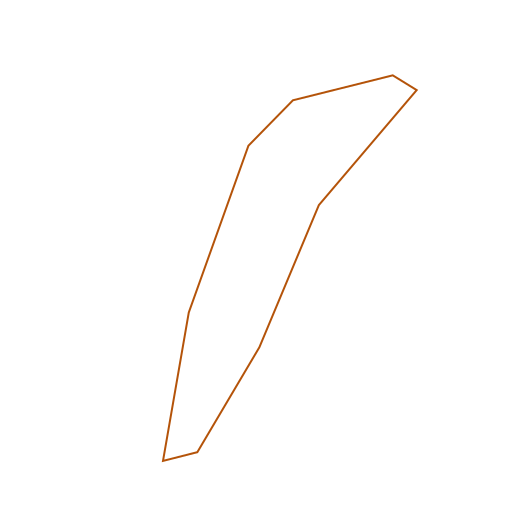 outline of Tuvalu, rotated 209°
{"feature_id": "TUV", "entity_name": "Tuvalu", "entity_type": "country or territory", "adm_level": 0, "iso_a3": "TUV", "parent_name": "Oceania", "parent_adm1": "", "projection": "robinson", "projection_center": [179.205, -8.501], "detail": "fine", "context": "isolated", "style": "outline", "palette": "amber", "viewbox_px": 512, "rotation_deg": 209, "n_neighbors": 0, "source": "natural_earth", "source_scale": "50m", "svg_char_len": 284}
<svg xmlns="http://www.w3.org/2000/svg" viewBox="0 0 512 512"><g transform="rotate(209 256 256)"><path d="M299.2,410.1L224.0,480.3L195.9,479.0L225.7,331.0L208.8,177.8L212.2,56.0L238.0,31.7L287.4,174.0L316.1,348.8L299.2,410.1Z" fill="none" stroke="#b45309" stroke-width="2"/></g></svg>